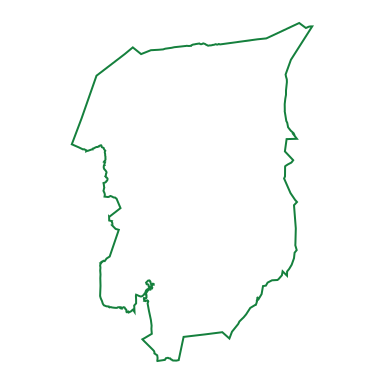 outline of Ocuilan, México, Mexico
{"feature_id": "50627088B51709543913747", "entity_name": "Ocuilan", "entity_type": "district", "adm_level": 2, "iso_a3": "MEX", "parent_name": "Mexico", "parent_adm1": "México", "projection": "natural_earth1", "projection_center": [-99.429, 19.001], "detail": "fine", "context": "isolated", "style": "outline", "palette": "green", "viewbox_px": 384, "rotation_deg": 0, "n_neighbors": 0, "source": "geoboundaries", "source_scale": "gbopen_adm2", "svg_char_len": 5935}
<svg xmlns="http://www.w3.org/2000/svg" viewBox="0 0 384 384"><path d="M299.2,23.0L266.3,38.4L257.5,39.3L220.2,44.4L219.9,44.4L219.2,44.1L218.8,44.0L218.6,44.1L218.3,44.3L218.0,44.4L217.3,44.6L216.9,44.6L216.4,44.4L215.7,44.2L215.5,44.3L213.6,44.9L213.2,44.9L212.8,44.9L211.9,45.2L210.8,45.4L209.7,45.4L208.6,45.6L208.4,45.7L208.1,45.7L206.9,45.1L206.7,44.9L206.2,44.8L205.1,44.0L203.9,43.6L203.2,43.4L202.6,43.7L202.0,44.0L201.2,44.2L200.3,44.1L199.4,43.5L196.8,43.9L196.1,44.0L194.8,44.3L192.9,44.6L191.4,45.3L191.2,45.8L188.9,46.0L186.7,45.8L185.7,46.0L184.5,46.1L181.9,46.4L174.3,47.2L171.6,47.8L165.2,48.7L163.1,49.4L158.2,49.8L150.9,50.2L141.1,54.1L132.8,47.4L124.7,54.1L96.5,75.7L81.6,118.3L74.9,136.1L71.8,144.3L79.1,147.5L83.0,149.4L84.0,149.2L86.3,150.3L86.2,151.3L87.1,150.9L87.9,150.8L91.3,149.6L91.7,149.4L92.2,149.3L92.6,149.4L92.7,148.9L93.2,148.4L93.8,148.4L95.1,147.6L95.8,147.3L96.5,147.0L97.6,147.0L97.8,146.9L98.4,146.6L98.8,146.5L98.8,146.2L100.4,145.4L101.2,145.3L101.4,145.5L101.4,145.9L101.7,146.8L101.9,147.2L103.6,147.9L104.1,149.3L105.3,150.8L104.9,151.5L104.8,152.0L104.8,152.6L105.1,153.7L105.2,155.1L105.2,155.8L105.5,156.9L105.4,157.8L105.5,158.6L105.4,158.9L105.5,159.6L105.4,159.9L105.1,160.5L104.7,160.8L104.2,161.5L103.9,161.9L104.3,162.1L104.7,162.3L104.8,162.5L105.0,162.5L104.8,163.0L104.7,163.3L104.4,164.0L104.3,164.7L104.6,165.2L103.9,165.6L103.8,166.1L103.7,167.1L103.8,168.0L104.2,168.8L104.2,169.0L104.3,169.2L105.1,170.0L105.9,171.0L106.5,172.1L106.5,172.8L106.0,173.9L105.9,174.6L105.9,175.2L105.6,175.8L105.3,176.3L105.9,176.8L106.0,177.2L106.3,177.5L106.6,177.5L107.5,178.5L107.5,179.1L107.5,179.5L107.3,180.1L107.2,180.4L106.7,181.0L106.4,181.1L106.1,181.8L105.8,182.0L105.2,182.5L104.4,182.7L103.5,183.0L103.6,183.7L103.8,184.3L104.1,187.0L104.3,187.5L104.1,188.3L103.9,188.9L103.8,189.8L103.5,190.6L103.5,190.9L103.9,191.9L104.2,192.2L104.8,194.2L104.8,195.0L104.5,196.6L107.8,197.0L108.8,196.9L109.4,196.5L110.4,196.0L110.8,196.1L112.5,196.8L113.4,197.4L114.2,197.5L114.8,197.5L115.2,197.6L115.8,198.2L115.9,198.3L116.5,198.6L120.5,208.1L109.3,216.8L109.1,216.6L109.2,220.5L111.9,221.1L111.8,221.3L111.9,222.1L112.3,223.0L112.4,223.7L112.3,224.6L112.5,225.2L112.1,225.3L115.6,228.9L118.8,229.8L109.7,256.5L106.6,258.5L104.7,261.1L103.5,260.8L103.3,261.1L102.6,261.3L102.4,261.8L101.9,261.7L101.5,262.1L101.3,262.1L101.2,262.9L100.6,263.1L100.9,263.4L100.3,264.1L100.4,264.5L100.1,265.9L100.3,266.5L100.4,267.0L100.4,268.1L100.2,270.5L100.5,274.5L100.3,278.2L100.5,285.8L100.1,296.0L100.7,298.2L102.0,301.1L102.8,303.7L103.4,304.6L103.9,305.3L106.4,306.3L108.8,306.5L109.0,307.1L109.6,307.4L110.5,307.1L111.0,307.1L111.7,307.4L113.9,307.7L116.1,307.9L117.1,307.8L117.9,307.3L119.3,307.2L120.3,307.2L121.1,307.4L121.0,307.7L120.5,308.2L120.8,308.4L121.8,308.6L121.9,307.8L122.1,307.9L122.4,307.9L123.7,307.2L124.6,307.5L125.4,309.0L126.2,309.5L126.3,309.9L126.4,311.5L126.6,312.1L127.0,312.3L128.2,311.4L128.3,311.4L128.7,311.7L128.9,312.4L130.7,311.5L131.9,310.6L132.2,310.1L133.1,309.5L133.3,309.8L133.7,310.4L133.7,310.8L134.1,311.3L134.5,311.9L134.2,305.5L136.1,303.4L136.1,299.5L135.9,295.8L136.1,294.7L136.7,294.9L138.9,295.9L140.0,296.3L140.9,296.5L141.8,296.3L142.3,296.1L143.8,294.8L144.6,293.5L145.1,293.6L145.2,293.2L145.6,292.3L145.6,291.6L146.1,290.4L146.9,289.7L147.2,289.4L147.9,289.2L148.6,288.3L148.9,288.4L149.8,288.0L149.7,287.5L149.8,287.3L149.8,287.2L149.6,287.1L149.5,286.6L149.0,286.4L148.6,286.1L148.4,284.7L148.0,284.4L147.0,284.1L146.8,284.2L146.5,283.9L146.5,283.6L146.1,282.6L148.1,280.6L149.4,280.4L149.6,280.5L149.9,280.9L149.9,281.1L150.0,281.2L150.0,281.4L150.1,281.6L150.4,281.7L150.5,282.1L150.5,282.3L150.9,283.6L151.0,283.7L151.2,284.8L152.1,284.5L152.8,283.7L153.6,283.9L153.7,284.7L153.0,284.7L152.1,285.3L151.7,286.0L151.8,286.3L151.6,286.8L151.4,286.7L151.2,287.0L151.3,287.2L152.2,287.5L152.3,287.7L152.0,288.5L151.0,288.7L150.7,288.6L150.4,289.6L149.3,289.4L147.9,290.5L147.1,291.6L145.6,294.1L146.0,294.1L146.3,294.5L146.5,295.3L146.2,295.8L146.5,296.4L146.5,297.4L146.4,297.7L146.2,298.1L145.6,298.3L145.3,298.1L144.9,298.1L144.4,298.2L144.0,298.1L143.9,298.5L143.9,299.0L144.4,300.4L144.2,300.8L145.1,301.0L145.1,300.9L145.0,300.7L145.6,300.7L146.1,300.7L146.5,300.6L146.8,300.7L147.1,300.5L147.3,300.9L147.9,300.9L147.9,301.3L148.2,301.5L147.6,303.5L149.0,311.1L149.5,313.4L150.9,320.0L151.6,325.6L151.5,327.3L151.4,328.9L151.8,333.8L144.4,338.2L142.4,339.3L143.6,340.6L152.7,349.6L153.9,350.9L154.5,352.3L154.4,352.7L154.4,353.4L157.2,355.3L157.6,358.0L157.3,360.7L157.4,361.0L164.1,360.0L164.3,359.8L164.5,359.8L164.8,359.9L165.4,359.1L166.0,358.2L166.5,358.2L167.1,357.9L167.6,357.9L168.2,357.9L168.9,358.3L169.5,358.4L170.2,358.4L170.5,358.7L170.7,359.2L171.0,359.4L171.7,359.6L172.1,359.9L172.4,360.3L172.8,360.4L173.2,360.5L176.4,360.6L178.7,360.1L183.6,336.9L205.0,334.4L222.3,332.2L229.4,338.5L232.0,331.7L238.2,324.0L239.4,321.5L241.6,319.3L243.6,317.4L246.1,314.4L250.3,307.9L255.3,304.9L255.4,305.0L255.6,305.0L255.8,304.9L256.7,302.5L256.8,301.6L257.0,301.4L257.0,301.1L256.8,300.6L257.2,299.5L257.4,297.8L257.4,297.7L257.6,297.6L257.8,297.9L257.8,299.4L258.3,299.6L261.6,294.1L263.0,286.1L265.9,285.6L267.6,282.6L272.0,280.3L277.4,280.0L278.4,279.3L281.9,275.3L282.6,271.3L287.0,275.7L287.1,271.5L289.2,268.9L291.7,264.7L294.0,258.2L294.6,252.7L296.7,250.1L295.3,245.2L295.4,244.0L295.8,228.4L294.0,205.2L297.0,202.0L295.1,199.9L290.5,193.1L284.1,178.5L285.0,176.4L285.1,166.6L285.3,166.1L287.7,164.5L291.3,162.6L292.1,161.7L293.2,160.2L284.9,151.4L286.6,139.1L296.9,138.8L293.4,134.3L294.1,134.3L293.6,133.2L291.1,131.0L290.9,130.9L288.1,127.3L287.5,124.2L287.2,122.7L286.3,121.0L284.7,111.1L284.8,110.8L284.7,104.1L285.3,98.7L286.0,94.8L286.0,90.5L286.9,82.1L286.8,79.3L286.0,76.6L285.6,74.5L290.9,59.8L312.2,26.4L310.7,26.4L309.2,26.6L308.3,26.9L305.9,28.0L299.2,23.0Z" fill="none" stroke="#15803d" stroke-width="2"/></svg>